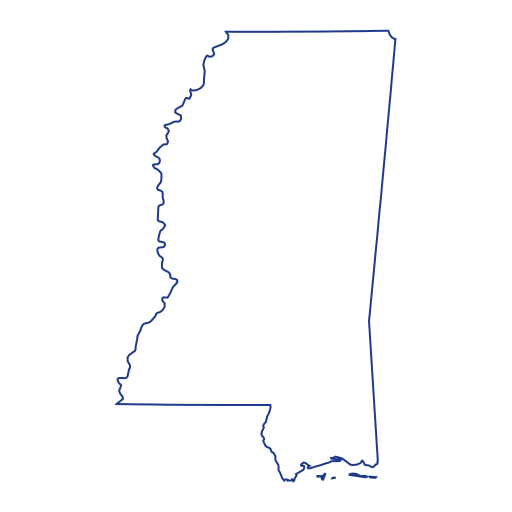 SVG path tracing the border of Mississippi
{"feature_id": "USA-3544", "entity_name": "Mississippi", "entity_type": "State", "adm_level": 1, "iso_a3": "USA", "parent_name": "United States of America", "parent_adm1": "", "projection": "albers", "projection_center": [-90.036, 32.591], "detail": "fine", "context": "isolated", "style": "outline", "palette": "blue", "viewbox_px": 512, "rotation_deg": 0, "n_neighbors": 0, "source": "natural_earth", "source_scale": "10m", "svg_char_len": 5921}
<svg xmlns="http://www.w3.org/2000/svg" viewBox="0 0 512 512"><path d="M377.8,461.2L377.4,461.7L377.5,462.7L377.4,463.8L376.7,464.3L375.6,464.5L375.1,465.0L374.8,465.7L374.2,466.4L372.4,467.2L371.0,466.7L369.5,465.7L367.3,465.2L366.3,465.2L365.3,465.0L364.5,464.5L364.0,462.6L362.9,461.8L362.6,460.7L362.0,460.7L360.6,463.0L356.9,464.6L353.0,465.0L350.5,464.7L342.1,458.4L335.5,456.6L333.5,457.6L332.4,457.9L331.1,458.0L331.1,458.5L341.0,459.8L339.7,461.0L337.2,461.2L332.2,461.1L331.1,461.5L328.6,462.7L327.5,463.0L326.2,463.2L320.5,465.2L315.4,466.6L310.4,468.2L309.3,468.3L307.9,468.0L307.7,467.3L308.4,466.4L309.6,465.8L308.1,465.0L305.5,463.0L303.8,462.6L303.0,463.0L301.9,463.8L301.1,464.7L301.1,465.5L301.8,465.8L303.7,465.8L304.1,466.1L304.1,467.9L303.9,469.0L303.2,469.9L295.9,474.2L296.5,475.4L296.1,476.4L294.8,478.0L294.5,479.0L294.5,479.8L294.2,480.5L293.2,481.3L292.6,480.6L293.0,480.1L292.8,479.8L292.1,479.3L291.4,480.2L290.3,480.6L289.1,480.6L288.2,480.0L287.6,480.0L287.4,480.3L286.9,479.6L285.9,479.3L284.9,479.7L284.3,480.6L282.4,478.5L280.1,472.8L278.5,470.1L278.6,466.2L278.2,464.7L275.9,461.1L275.4,459.6L275.3,458.8L275.4,457.1L275.4,456.3L275.1,455.7L273.8,453.2L271.5,451.6L270.4,448.7L269.1,447.8L266.5,446.8L265.3,445.5L263.2,441.0L264.2,439.1L263.6,437.5L262.3,436.1L261.5,434.7L261.6,433.0L262.2,431.0L263.8,427.6L263.2,425.8L263.9,424.2L265.9,421.9L267.2,416.4L269.0,413.0L270.1,409.6L270.6,406.4L270.3,405.0L267.3,405.0L263.9,405.0L262.3,405.0L257.7,405.0L250.7,405.0L241.5,405.0L230.7,405.0L220.6,405.0L218.6,405.0L205.7,404.9L192.3,404.9L179.0,404.8L166.1,404.7L154.0,404.5L143.1,404.4L134.0,404.3L126.9,404.2L122.4,404.1L120.8,404.1L117.1,404.1L116.6,404.0L123.0,398.9L122.5,396.5L120.1,393.5L119.2,390.9L119.3,390.0L120.2,388.4L120.4,387.4L120.6,387.0L120.9,386.0L121.1,385.0L120.7,384.5L119.6,383.8L118.4,382.1L117.6,380.2L117.7,378.7L119.0,378.1L120.8,378.0L124.6,378.2L126.3,377.8L127.3,376.8L127.8,375.4L129.0,369.4L129.7,368.5L129.9,367.7L130.1,365.9L129.9,365.3L129.0,363.4L128.2,362.3L127.8,361.6L127.5,357.5L129.4,354.8L135.0,350.8L135.1,350.2L135.6,349.2L135.6,347.0L137.2,338.9L137.4,337.1L137.7,335.4L140.2,331.0L141.3,327.6L142.1,325.9L143.3,324.3L144.7,323.5L148.0,322.8L149.5,322.2L151.1,321.0L154.8,316.8L155.3,316.1L156.1,314.1L156.7,313.3L157.5,312.8L160.0,312.1L162.8,310.0L164.6,306.8L164.7,303.4L162.3,300.6L162.3,300.0L162.3,299.1L162.6,298.1L163.3,297.4L167.6,297.6L170.4,292.9L172.9,287.0L176.5,283.4L176.5,282.8L177.1,282.5L177.4,281.2L176.9,279.7L175.1,279.0L172.4,278.6L171.1,278.0L170.5,277.4L169.9,273.6L168.1,271.9L165.7,270.8L163.1,269.2L162.1,267.9L161.9,266.4L162.1,262.5L162.3,261.6L162.6,260.6L162.9,259.5L162.7,258.4L162.1,257.7L160.3,256.4L159.5,255.8L158.6,254.4L157.9,252.9L157.5,251.1L157.4,249.1L158.3,247.8L160.2,247.4L162.4,247.3L163.8,246.9L165.1,245.0L164.8,243.3L163.4,242.2L159.5,241.5L158.5,240.7L158.3,239.3L159.0,235.6L160.3,231.1L161.1,230.2L162.1,229.7L163.3,228.4L164.4,226.8L165.2,225.2L163.7,223.2L162.7,222.3L161.7,221.9L160.5,221.7L159.2,221.3L158.1,220.6L157.7,219.6L157.9,216.6L158.4,206.8L159.1,205.7L160.6,205.1L162.2,204.6L163.2,204.0L163.7,202.3L163.6,200.7L162.7,197.6L162.7,193.0L162.3,191.8L161.3,190.9L158.9,190.0L158.0,189.9L157.0,188.0L157.8,186.0L160.8,182.2L161.2,180.5L161.5,177.7L161.4,175.0L161.4,173.3L158.8,170.6L157.3,169.3L155.8,168.7L154.5,168.0L153.4,166.5L153.1,164.9L154.3,164.3L156.1,164.3L157.9,164.0L159.2,163.1L159.9,161.1L159.6,158.8L158.4,157.6L155.2,155.9L153.7,154.3L153.9,153.5L155.1,152.8L156.5,151.8L159.6,147.7L160.3,147.1L160.9,146.7L162.5,145.1L163.3,144.5L164.2,144.4L166.2,144.3L167.0,144.0L168.0,142.0L167.6,140.2L166.7,138.7L166.3,135.5L167.7,133.4L168.9,131.2L167.7,128.6L166.6,128.0L165.6,127.6L164.8,126.9L164.5,125.6L165.2,125.0L169.3,124.1L170.3,123.6L173.7,121.9L175.4,121.6L177.2,121.6L178.8,121.5L180.0,120.8L181.0,119.1L180.9,115.5L175.3,112.7L175.3,110.1L176.3,109.1L180.1,106.8L181.4,106.3L182.4,105.6L185.4,98.7L185.7,98.2L186.3,98.0L187.3,98.0L188.5,98.6L189.3,98.7L189.6,98.3L189.9,97.4L191.0,95.7L191.2,94.9L191.1,93.8L190.4,92.0L190.2,90.7L190.2,89.8L190.6,89.3L191.5,90.1L192.1,90.4L193.0,90.5L196.2,90.2L198.0,89.5L200.8,88.0L203.3,85.3L204.0,82.5L203.9,79.3L204.8,71.4L203.4,65.0L204.1,61.1L205.5,57.8L206.6,55.9L207.5,55.6L209.0,56.6L210.7,56.7L212.4,56.2L213.1,55.4L214.2,54.1L213.8,52.4L212.9,50.6L212.6,48.9L213.5,47.7L222.1,44.4L225.7,42.1L228.2,38.9L228.3,35.0L226.0,32.1L225.8,31.7L235.7,31.8L245.7,31.8L255.6,31.8L265.5,31.8L275.5,31.8L285.4,31.7L295.4,31.7L305.3,31.6L315.2,31.6L325.2,31.5L335.1,31.4L345.1,31.3L355.0,31.2L364.9,31.1L374.9,30.9L384.8,30.8L387.5,30.7L388.3,30.7L389.7,34.5L391.6,37.1L394.1,38.8L395.4,39.0L395.3,40.5L395.0,43.8L394.9,44.6L394.7,46.9L394.4,50.7L393.9,55.7L393.4,62.0L392.7,69.4L391.9,77.8L391.1,87.1L390.2,97.3L389.2,108.1L388.1,119.6L387.0,131.6L385.9,143.9L384.7,156.6L383.5,169.5L382.3,182.5L381.1,195.5L379.8,208.3L378.6,221.0L377.5,233.4L376.3,245.4L375.2,256.8L374.2,267.7L373.2,277.8L372.3,287.1L371.5,295.6L370.8,303.0L370.2,309.2L369.7,314.3L369.3,318.0L369.1,320.3L369.0,321.1L369.6,329.9L370.1,338.6L370.7,347.4L371.2,356.2L371.8,364.9L372.3,373.7L372.9,382.4L373.4,391.2L374.0,399.9L374.5,408.7L375.1,417.4L375.6,426.2L376.2,434.9L376.7,443.7L377.3,452.4L377.8,461.2L377.8,461.2ZM358.6,475.2L360.4,476.0L365.4,476.0L367.1,476.6L366.4,476.9L365.6,477.3L349.5,474.9L349.5,474.4L351.5,473.7L354.2,473.6L356.8,474.1L358.6,475.2ZM325.1,473.9L325.2,474.4L324.7,474.7L324.5,474.9L324.6,475.9L324.3,476.9L323.0,479.7L322.7,479.7L322.4,479.6L322.2,479.4L321.9,479.0L322.2,478.8L322.6,478.2L323.0,477.8L322.4,477.1L321.9,477.8L321.1,476.8L320.0,476.5L317.5,476.6L317.5,476.0L321.7,476.1L323.6,475.5L324.6,473.9L325.1,473.9ZM369.9,477.3L369.9,476.6L376.0,477.2L375.5,477.8L372.6,477.7L369.9,477.3ZM334.6,477.6L335.7,477.6L334.5,477.9L332.3,478.3L332.5,477.9L334.6,477.6Z" fill="none" stroke="#1e3a8a" stroke-width="2"/></svg>